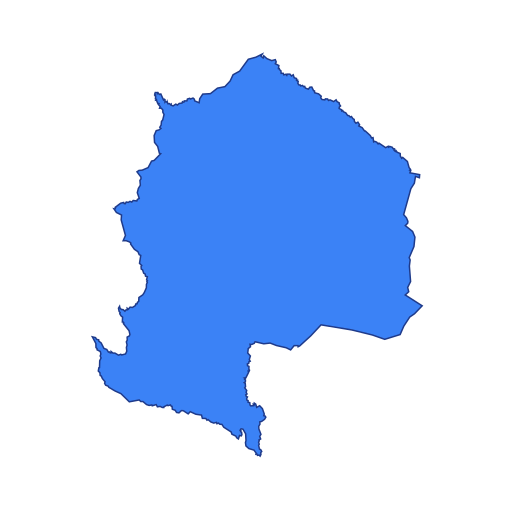 the district of Chivolo, Magdalena, Colombia, rotated 350°
{"feature_id": "7082276B43456063324941", "entity_name": "Chivolo", "entity_type": "district", "adm_level": 2, "iso_a3": "COL", "parent_name": "Colombia", "parent_adm1": "Magdalena", "projection": "robinson", "projection_center": [-74.55, 10.09], "detail": "fine", "context": "isolated", "style": "filled", "palette": "blue", "viewbox_px": 512, "rotation_deg": 350, "n_neighbors": 0, "source": "geoboundaries", "source_scale": "gbopen_adm2", "svg_char_len": 6033}
<svg xmlns="http://www.w3.org/2000/svg" viewBox="0 0 512 512"><g transform="rotate(350 256 256)"><path d="M333.8,99.2L333.4,97.4L332.4,97.6L331.4,96.1L329.6,96.3L329.3,95.3L328.0,95.0L327.2,93.3L327.9,91.3L326.6,90.3L327.1,89.9L326.5,89.7L326.7,88.2L324.6,87.1L324.1,84.0L322.2,84.9L321.0,82.8L318.3,82.3L317.7,83.4L317.0,82.2L314.8,82.4L314.5,80.8L312.5,80.5L312.7,77.9L311.5,76.5L311.5,75.5L310.6,75.3L311.6,72.4L308.4,70.0L309.6,68.4L309.1,66.0L305.4,66.3L301.0,63.5L298.4,60.2L297.4,62.2L295.6,60.1L297.2,58.2L290.4,60.2L282.6,60.9L272.0,71.1L264.9,73.5L260.9,79.2L254.8,83.8L247.2,84.0L239.3,88.2L231.7,87.3L227.9,91.3L226.6,95.2L222.6,92.6L222.5,90.8L221.4,89.5L218.7,90.0L218.1,89.2L215.7,89.5L214.9,91.2L212.3,90.8L212.1,91.7L211.2,91.9L210.4,91.3L209.6,92.6L206.9,92.4L204.8,93.7L203.4,92.5L200.4,93.8L198.7,92.8L198.8,91.8L198.2,92.2L197.3,90.9L195.7,90.8L195.4,88.8L195.2,89.3L193.8,88.1L193.1,88.6L193.5,86.2L192.8,85.6L192.0,86.2L190.4,79.9L188.9,80.1L187.8,78.1L187.3,78.6L187.4,78.0L185.2,77.5L184.4,78.9L184.9,79.9L184.2,80.1L184.9,81.7L184.2,83.7L185.1,84.4L184.5,85.1L185.0,85.1L185.7,88.5L186.8,89.1L186.1,89.7L187.6,92.2L186.7,93.7L188.4,94.0L189.6,96.1L189.2,98.2L190.0,100.7L187.7,105.9L186.3,107.0L185.3,110.6L183.6,112.5L184.5,113.9L182.3,115.0L179.5,115.2L176.6,119.7L175.8,126.5L178.2,131.0L178.7,138.0L179.9,138.7L172.3,144.2L169.6,144.4L165.1,150.2L158.8,151.7L155.6,151.4L153.4,152.4L156.4,158.3L156.1,160.1L154.8,161.4L154.4,166.2L151.9,169.0L150.1,173.0L151.0,179.0L149.0,179.7L148.2,181.1L144.7,180.0L143.0,181.3L141.4,180.3L139.5,181.0L137.6,180.3L136.3,181.8L135.3,181.5L135.0,180.3L131.9,180.5L125.8,183.6L126.1,184.1L125.2,185.3L124.3,184.9L126.1,188.9L130.7,192.3L129.5,197.0L131.0,213.1L127.8,217.9L130.8,218.4L133.9,220.2L135.0,221.5L134.6,222.5L137.4,228.3L140.5,231.3L141.2,234.4L142.6,235.4L140.0,243.0L141.8,245.5L141.0,246.3L140.7,248.9L141.9,250.0L142.4,253.4L143.7,254.5L143.7,256.7L145.4,257.5L144.1,260.5L144.8,261.5L144.0,262.4L144.4,263.2L143.2,264.8L142.5,268.3L139.6,272.6L137.7,274.6L133.5,276.5L132.6,280.3L131.2,281.0L130.6,282.4L129.2,282.4L128.6,283.9L125.4,285.2L123.1,284.5L121.2,286.2L120.1,285.1L120.0,286.6L118.6,286.5L117.3,287.6L115.8,285.7L114.1,285.3L112.9,283.3L112.9,281.9L111.5,283.5L111.6,286.9L112.4,288.1L111.8,289.2L112.7,291.6L114.0,293.0L112.9,297.8L113.9,298.1L114.2,299.0L113.7,299.6L118.0,307.5L118.2,311.4L117.4,312.7L115.0,313.5L114.6,316.5L113.4,318.0L113.6,321.3L112.5,323.5L112.2,327.3L110.5,329.8L106.5,330.1L105.8,329.3L103.4,329.8L100.2,327.1L98.3,326.8L97.3,325.6L97.4,326.2L95.6,326.1L95.5,325.1L94.0,325.0L92.8,322.1L90.2,320.6L88.4,314.7L86.4,312.5L86.5,311.2L84.5,310.4L83.8,308.5L80.8,307.2L83.1,314.4L82.5,318.4L83.4,319.6L83.2,320.8L86.1,323.0L86.2,325.6L85.2,327.4L85.7,329.5L83.9,332.0L82.5,338.7L81.8,338.8L80.7,341.9L82.0,343.8L81.8,346.6L82.8,347.3L83.4,350.0L85.5,353.6L84.8,355.1L85.5,357.1L87.8,358.5L88.3,359.8L93.8,364.5L99.1,368.1L105.9,377.6L116.0,377.5L117.2,379.3L119.4,379.7L122.4,383.3L124.8,384.6L127.6,384.6L127.8,385.5L131.9,385.0L132.7,387.4L135.5,387.5L137.4,388.9L138.9,389.2L139.1,388.5L142.7,387.4L143.3,388.1L145.9,387.8L146.4,389.2L147.2,389.5L147.0,392.4L149.6,393.9L150.6,396.3L152.9,397.1L155.7,395.3L157.5,395.7L161.8,399.7L164.2,397.9L169.3,401.4L174.7,403.2L175.0,406.6L178.4,407.3L179.2,409.2L180.4,408.8L182.7,411.6L185.4,413.2L188.2,413.0L188.4,414.4L190.0,414.0L191.1,415.4L193.2,415.9L194.5,419.0L201.0,425.0L201.3,427.3L204.9,429.9L205.4,431.6L206.9,433.1L208.6,429.9L210.3,430.6L211.1,429.5L211.2,427.0L210.3,426.3L210.8,425.3L210.1,424.8L211.3,423.6L213.1,424.3L214.9,429.3L214.1,436.0L213.2,437.9L213.1,441.3L215.5,444.4L220.3,446.8L221.9,450.1L221.5,451.2L222.5,451.2L222.8,452.6L224.5,452.6L225.3,453.8L226.4,452.3L226.5,450.5L227.7,449.5L227.0,447.5L225.9,446.9L225.7,442.8L226.5,441.9L226.2,439.8L227.1,438.6L226.9,437.7L228.8,437.0L228.3,434.3L229.9,432.5L228.8,426.8L229.1,424.2L230.7,422.3L230.9,420.0L232.8,419.9L236.1,418.3L237.7,416.4L237.1,415.1L235.9,414.6L236.7,413.1L235.8,407.4L233.6,404.1L230.4,405.2L230.0,401.8L228.8,400.6L228.5,402.1L227.6,401.5L227.6,403.0L224.8,402.7L224.2,401.6L224.4,399.3L222.8,398.7L223.1,397.0L222.0,396.3L222.0,394.9L223.1,393.3L222.1,392.7L221.8,390.9L223.2,390.3L222.6,388.5L223.5,386.9L222.0,383.8L223.0,382.9L223.3,379.5L222.4,378.7L223.7,378.0L224.1,376.3L223.4,375.5L224.3,374.7L223.5,374.1L225.1,373.9L228.5,369.3L228.3,368.0L229.3,368.2L229.8,367.3L229.3,366.5L229.9,363.5L228.6,362.6L228.8,360.7L230.2,360.4L230.8,358.8L232.0,358.6L231.4,356.8L233.1,353.5L231.0,350.1L232.3,345.8L234.8,344.4L234.8,341.9L236.3,342.4L239.1,341.7L240.2,340.3L248.4,343.8L254.8,344.2L260.6,347.7L269.8,351.6L273.8,354.5L278.0,350.9L281.7,351.5L281.7,352.7L283.5,352.1L296.1,344.1L308.1,335.1L337.6,345.5L356.9,354.0L368.3,360.4L384.3,358.4L389.4,350.7L396.8,342.8L402.1,340.4L411.0,333.9L396.2,320.3L400.2,317.7L399.9,313.3L403.8,308.0L405.3,292.5L407.1,286.7L406.6,284.2L413.2,274.1L415.8,265.0L414.5,259.1L408.3,252.0L411.1,250.0L411.6,248.3L410.8,244.6L408.6,240.9L420.2,216.6L424.6,211.8L426.9,205.3L430.5,207.3L431.3,204.3L422.0,200.8L423.2,198.8L422.3,198.2L423.2,197.6L422.1,195.5L421.5,189.2L417.6,184.4L416.4,185.1L415.5,182.6L415.8,180.1L413.1,178.4L412.1,176.4L411.7,177.3L410.8,176.5L410.3,175.6L410.9,174.5L409.6,174.0L409.1,172.6L406.7,171.3L405.6,171.9L405.3,170.9L402.5,171.8L396.7,166.2L395.7,166.8L394.6,164.8L392.8,163.7L391.7,164.0L391.8,159.7L390.3,159.8L389.5,157.3L385.3,151.8L384.6,151.7L382.8,148.0L379.8,145.8L380.8,144.7L379.6,141.9L377.5,142.6L376.3,140.6L376.4,138.5L375.3,137.6L374.2,135.2L372.9,135.5L371.9,133.9L370.6,133.5L369.3,130.6L367.1,129.1L366.6,127.7L365.6,128.0L365.5,126.7L363.5,125.2L363.9,123.8L365.3,122.9L364.4,121.0L364.6,119.7L362.6,118.0L362.0,116.1L359.3,117.4L356.0,115.1L354.4,115.4L353.8,113.8L351.6,113.3L350.9,114.2L348.1,113.3L347.2,111.4L348.0,110.0L345.8,107.2L342.1,105.4L342.3,103.6L341.4,103.2L340.3,99.3L338.4,99.1L336.5,100.8L333.8,99.2Z" fill="#3b82f6" stroke="#1e3a8a" stroke-width="1.5"/></g></svg>